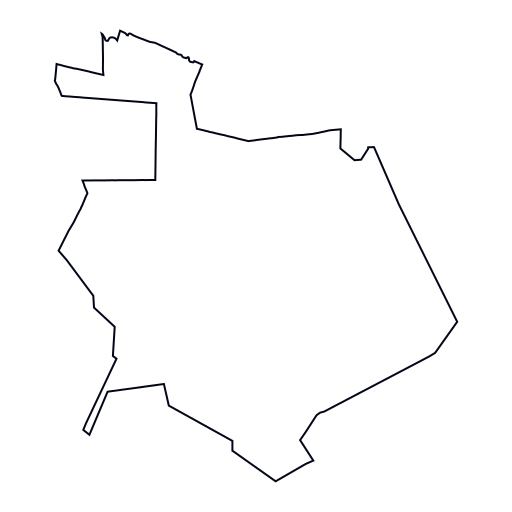 San José del Progreso, Oaxaca, Mexico
{"feature_id": "50627088B45737045838114", "entity_name": "San José del Progreso", "entity_type": "district", "adm_level": 2, "iso_a3": "MEX", "parent_name": "Mexico", "parent_adm1": "Oaxaca", "projection": "natural_earth1", "projection_center": [-96.692, 16.675], "detail": "fine", "context": "isolated", "style": "outline", "palette": "ink", "viewbox_px": 512, "rotation_deg": 0, "n_neighbors": 0, "source": "geoboundaries", "source_scale": "gbopen_adm2", "svg_char_len": 4326}
<svg xmlns="http://www.w3.org/2000/svg" viewBox="0 0 512 512"><path d="M62.1,96.0L62.8,96.0L63.3,96.0L63.8,96.1L64.1,96.1L64.7,96.2L66.1,96.3L68.1,96.4L69.5,96.5L70.7,96.6L74.2,96.9L80.2,97.3L82.0,97.5L84.1,97.7L87.1,97.9L121.2,100.5L142.7,102.1L143.9,102.2L145.0,102.4L156.4,103.2L156.3,104.8L156.3,105.1L156.3,115.9L156.2,118.4L155.9,138.6L155.7,148.8L155.3,180.0L147.8,180.0L147.1,180.1L142.4,180.0L133.9,180.2L121.7,180.2L120.0,180.2L117.9,180.2L116.3,180.3L114.3,180.3L113.8,180.3L112.0,180.2L110.7,180.3L104.1,180.4L96.4,180.4L84.1,180.5L83.8,180.5L82.5,180.5L84.0,184.3L84.6,186.5L85.6,188.7L86.0,189.7L87.1,192.3L87.4,193.3L85.1,198.2L85.1,198.4L82.0,205.9L81.8,206.0L81.4,207.1L81.2,207.3L80.8,208.4L80.5,209.2L79.9,210.1L79.6,210.6L77.6,214.4L77.2,215.1L76.9,215.8L75.0,219.7L74.4,220.9L73.6,222.4L73.1,223.4L72.7,224.0L68.6,230.8L68.3,231.3L68.0,232.0L65.5,237.0L65.1,237.7L58.6,250.7L66.8,260.2L93.3,295.8L94.0,307.6L114.7,326.8L112.9,356.0L116.5,358.7L85.9,423.5L83.3,429.9L89.4,434.8L107.6,391.7L163.9,384.0L168.8,405.6L169.3,405.9L232.4,440.9L232.4,450.7L242.0,457.5L275.6,481.3L305.8,463.9L306.5,463.6L313.3,460.6L300.1,440.1L305.9,431.7L316.5,415.3L318.2,414.0L320.2,412.6L324.1,411.6L429.3,356.4L435.1,352.9L457.2,321.8L398.8,204.3L374.0,147.1L368.2,147.3L368.1,148.8L361.1,159.7L354.5,160.2L340.4,148.5L340.4,146.4L340.5,144.1L340.5,142.7L340.5,141.2L340.6,140.8L340.7,134.6L340.7,133.7L340.8,130.1L340.8,129.3L329.7,130.3L323.6,131.7L322.5,131.9L322.2,132.0L321.4,132.1L319.3,132.6L319.0,132.7L316.3,133.2L312.1,134.0L309.5,134.2L306.1,134.6L304.8,134.7L304.3,134.8L302.7,135.0L301.7,135.0L297.9,135.1L294.8,135.4L294.5,135.5L290.1,136.0L289.6,135.9L287.5,136.2L282.7,136.7L282.4,136.8L278.1,137.0L277.4,137.4L273.4,138.0L271.7,138.2L269.3,138.4L266.5,138.8L263.6,139.1L258.2,139.8L257.7,139.8L254.9,140.3L248.5,141.1L247.0,140.8L245.5,140.4L237.9,138.6L236.1,138.1L234.8,137.7L231.3,136.9L228.4,136.3L225.5,135.5L223.5,135.0L221.8,134.7L219.9,134.3L219.4,134.1L218.2,133.9L217.5,133.7L216.2,133.4L215.6,133.3L213.9,132.8L213.5,132.7L211.8,132.3L211.1,132.2L210.8,132.2L209.5,131.9L208.6,131.6L208.2,131.4L205.3,130.8L204.8,130.6L201.4,129.8L198.0,129.0L196.9,128.8L190.5,94.7L192.1,90.7L194.1,84.9L194.1,84.7L195.2,81.4L195.9,79.8L199.3,72.0L199.6,71.2L199.8,70.3L200.1,69.8L200.3,69.3L200.4,69.0L202.2,64.5L201.0,64.0L200.9,64.0L200.2,63.7L199.1,63.2L198.7,63.0L198.2,62.8L194.5,61.2L194.3,61.1L194.2,61.4L194.0,61.9L193.4,62.3L193.0,62.4L192.7,62.3L192.2,62.1L191.8,62.1L190.5,61.8L189.8,61.5L189.2,60.5L189.0,60.1L189.0,59.6L189.0,58.9L188.8,58.1L188.6,57.5L188.3,57.2L187.8,57.2L187.5,57.3L187.3,57.5L187.0,57.9L186.8,58.1L186.5,58.2L186.1,58.1L185.7,58.0L185.4,57.8L184.9,57.8L184.3,57.7L183.6,57.5L183.0,57.1L182.5,56.7L182.0,56.1L181.7,55.6L181.6,55.3L181.4,55.1L181.1,54.9L180.6,54.7L180.3,54.6L179.9,54.6L179.4,54.6L179.0,54.5L178.3,54.3L177.9,54.1L177.4,53.9L177.0,53.6L176.6,53.2L176.3,52.9L176.2,52.8L176.1,52.6L175.7,52.3L174.5,51.8L164.0,46.9L163.2,46.6L161.5,45.8L160.7,45.4L159.9,45.1L159.4,44.8L158.8,44.5L158.1,44.2L157.0,43.7L156.1,43.3L155.5,43.0L155.1,42.8L149.9,41.9L149.1,41.6L148.7,41.4L148.3,41.3L147.9,41.2L147.5,41.0L146.9,40.8L146.5,40.6L145.7,40.3L145.4,40.2L143.9,39.6L143.5,39.5L143.2,39.3L142.7,39.2L142.4,39.0L141.9,38.9L141.1,38.6L140.5,38.3L140.1,38.2L139.6,38.0L138.5,37.6L137.1,37.0L136.4,36.8L136.0,36.6L135.8,36.5L135.2,36.2L134.7,36.0L133.8,35.6L133.7,35.5L132.9,35.1L132.5,34.8L131.7,34.4L131.1,34.0L130.8,33.8L130.4,33.7L129.3,33.5L128.4,34.2L127.9,35.4L127.2,35.3L126.7,34.9L126.3,34.3L125.9,33.8L125.5,33.4L124.5,32.8L123.5,32.3L121.2,31.2L120.1,30.7L117.2,40.5L115.8,38.8L114.3,37.8L112.6,37.4L112.1,37.3L110.3,37.6L109.8,37.8L109.2,38.5L107.8,40.9L107.3,40.9L106.7,40.8L106.0,40.6L105.6,40.3L105.4,40.0L104.5,37.5L103.7,36.3L103.1,35.1L102.0,33.9L101.7,33.7L102.6,36.9L102.7,39.8L103.0,57.5L103.0,60.1L102.9,69.6L103.4,75.0L96.5,73.4L90.6,72.0L88.9,71.5L81.0,69.7L75.8,68.6L75.7,68.7L75.3,68.7L72.9,68.2L71.4,67.7L70.2,67.5L68.8,67.2L67.6,66.9L66.6,66.6L64.7,66.2L63.3,65.8L61.2,65.2L60.0,64.8L58.5,64.6L57.7,64.4L57.1,64.3L57.0,64.1L56.9,64.1L56.6,64.0L56.4,65.7L56.2,68.7L55.8,72.8L55.6,74.8L55.4,77.2L55.1,79.6L54.8,80.7L56.1,83.7L57.7,86.1L58.6,88.1L59.5,90.3L60.4,92.4L61.0,94.2L61.5,95.4L62.1,96.0Z" fill="none" stroke="#020617" stroke-width="2"/></svg>